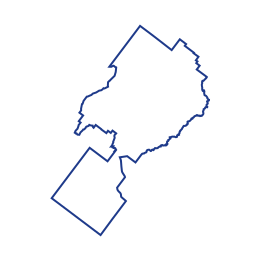 the district of Coomalie, Northern Territory, Australia, rotated 37°
{"feature_id": "25037944B16759006021093", "entity_name": "Coomalie", "entity_type": "district", "adm_level": 2, "iso_a3": "AUS", "parent_name": "Australia", "parent_adm1": "Northern Territory", "projection": "robinson", "projection_center": [131.197, -13.152], "detail": "fine", "context": "isolated", "style": "outline", "palette": "blue", "viewbox_px": 256, "rotation_deg": 37, "n_neighbors": 0, "source": "geoboundaries", "source_scale": "gbopen_adm2", "svg_char_len": 5412}
<svg xmlns="http://www.w3.org/2000/svg" viewBox="0 0 256 256"><g transform="rotate(37 128 128)"><path d="M159.6,39.8L147.7,39.9L147.7,35.1L143.5,35.1L143.4,33.0L141.5,33.1L141.5,32.9L141.4,28.7L135.4,28.8L135.4,28.2L123.9,28.2L123.9,26.0L116.0,26.0L116.0,39.5L94.2,39.2L76.2,39.2L76.2,66.0L76.2,90.3L77.8,89.2L78.7,87.3L79.1,86.9L81.5,87.0L81.9,86.7L82.1,86.7L84.5,90.7L85.9,94.4L85.0,100.3L85.1,100.7L85.0,101.0L84.8,101.3L84.5,103.4L86.2,106.0L86.5,106.4L87.2,107.0L85.5,110.5L85.3,110.7L84.5,111.0L84.4,112.5L83.9,114.0L82.5,115.5L81.2,118.8L79.2,121.7L78.9,123.6L77.7,125.6L77.2,126.6L76.5,127.6L76.2,127.8L76.2,133.1L76.9,135.1L77.2,136.3L77.1,136.5L76.9,136.7L79.0,141.0L79.9,142.0L80.0,142.2L80.0,145.0L84.6,145.0L84.6,152.2L86.9,152.2L86.8,155.4L87.2,156.1L88.1,158.9L87.8,161.7L88.3,163.8L89.5,163.7L89.6,163.8L89.9,163.8L90.0,163.7L90.2,163.3L91.6,163.7L93.2,162.7L92.7,160.1L93.2,157.1L93.1,156.2L93.8,155.5L94.1,153.7L93.9,152.9L94.0,151.8L94.4,151.4L94.9,150.6L95.3,149.7L95.2,149.2L95.2,148.8L96.1,148.6L97.4,148.0L98.3,147.4L98.8,147.9L99.7,148.4L100.4,148.5L100.4,145.0L107.4,145.0L107.6,145.2L113.8,145.1L113.7,142.3L117.2,142.3L117.2,139.4L121.8,139.4L121.8,139.8L121.5,141.4L121.6,141.9L121.8,142.4L122.0,142.7L123.3,143.9L124.4,147.7L124.5,148.0L124.9,148.3L125.0,148.7L125.4,150.4L125.7,151.0L125.7,152.8L125.9,152.6L126.1,152.6L126.5,152.7L126.9,152.8L127.0,152.6L127.0,152.1L127.2,151.7L127.3,151.5L127.4,151.4L127.5,151.7L128.0,152.6L128.4,152.7L128.9,152.2L129.3,151.9L129.8,151.8L130.2,151.9L130.3,152.2L131.2,152.4L131.6,152.6L131.6,152.8L131.2,152.8L131.2,154.2L131.7,153.8L131.7,166.9L109.3,166.9L109.3,230.0L170.5,230.0L170.3,209.5L170.3,187.6L169.7,187.5L165.1,187.2L164.1,187.1L163.8,186.9L163.6,186.7L162.2,185.2L161.3,184.7L160.7,184.5L158.9,184.3L157.6,184.0L157.2,183.8L156.7,183.6L156.3,183.2L155.2,182.2L155.2,169.1L154.6,168.6L154.2,168.4L150.8,167.1L149.9,166.7L149.1,166.1L148.5,165.5L145.6,162.4L142.9,159.3L141.9,158.2L140.4,157.1L139.1,156.3L144.3,151.0L154.7,151.0L154.7,141.4L154.8,140.6L154.8,140.4L154.8,140.1L155.4,139.3L156.1,138.8L156.1,138.4L156.3,137.9L157.2,136.5L157.2,136.3L157.2,136.1L157.0,135.8L157.0,135.5L156.7,135.1L156.7,134.9L156.6,134.3L156.7,134.1L156.9,133.7L157.1,133.4L157.5,133.0L157.9,132.7L158.0,132.6L158.7,132.6L159.0,132.6L159.4,132.7L159.8,132.7L160.0,132.7L160.3,132.3L160.3,132.2L160.2,131.3L160.3,130.9L160.6,130.5L160.8,130.5L161.4,130.4L161.6,130.4L161.7,130.2L161.6,129.9L161.4,129.5L161.4,129.4L161.5,129.1L161.7,128.5L161.7,127.7L162.6,127.3L163.8,126.2L163.9,124.9L164.3,124.2L164.5,123.4L164.7,123.2L165.2,123.2L165.3,123.1L164.9,122.3L164.8,122.1L165.0,121.7L165.5,121.8L165.6,121.7L165.7,121.2L165.8,120.9L166.7,120.8L167.5,120.0L167.7,119.7L168.2,119.6L168.4,119.4L168.1,118.6L168.1,118.3L168.3,118.2L169.1,118.3L169.1,117.4L168.6,117.6L168.8,117.1L168.7,117.0L167.9,116.1L167.7,115.6L167.4,115.2L167.9,114.2L167.9,113.9L167.4,113.3L167.8,112.8L167.8,112.0L168.2,110.8L168.0,110.5L167.3,110.5L166.9,110.3L167.0,110.1L167.8,110.0L167.9,109.9L167.8,109.3L168.4,108.4L168.7,108.1L169.0,107.9L169.3,107.8L169.6,107.5L170.0,107.1L170.4,106.9L171.2,106.8L171.8,106.5L172.4,105.8L172.4,105.5L171.8,104.6L171.7,104.1L172.0,103.5L172.7,103.2L172.8,102.9L172.3,102.7L172.1,102.5L172.2,102.2L172.4,101.9L172.3,101.2L172.2,101.1L171.6,100.4L171.7,99.6L171.3,98.9L171.3,98.6L171.6,98.2L171.5,97.5L171.5,97.1L171.7,96.6L171.4,95.3L171.4,94.4L171.2,93.1L171.3,92.7L171.7,92.5L172.7,91.5L173.1,90.5L173.0,90.2L172.8,90.1L172.8,89.6L173.2,89.4L173.3,89.2L173.1,88.8L173.0,88.3L172.8,88.1L172.1,87.6L171.8,87.3L171.9,86.7L172.0,86.5L172.2,86.3L172.5,86.1L172.8,85.8L173.1,85.1L173.2,84.6L173.2,84.1L173.3,83.8L173.3,83.5L173.2,82.8L173.0,82.4L173.2,82.1L173.7,82.1L173.8,81.9L173.9,81.7L173.8,81.3L173.7,81.3L173.4,81.4L173.4,81.2L173.5,81.0L173.6,80.8L173.6,80.7L173.9,80.4L174.0,80.2L174.0,79.9L174.1,79.2L174.0,78.9L174.0,78.6L174.2,78.3L175.0,77.2L175.2,76.9L175.2,76.6L175.1,76.4L175.4,76.1L175.5,76.1L176.0,76.2L176.2,75.9L176.4,75.9L176.8,75.9L177.0,75.7L177.4,75.2L177.5,75.2L178.1,75.2L178.3,75.2L178.5,75.0L178.6,74.6L178.8,74.6L179.3,74.2L179.6,73.8L179.7,73.6L179.7,73.4L179.5,73.0L179.8,72.3L179.8,71.9L179.6,71.3L179.3,70.8L179.0,70.5L178.5,70.2L178.2,70.0L178.1,69.6L177.8,69.3L177.8,69.2L177.8,68.7L177.7,68.4L177.6,68.1L177.3,67.7L177.1,67.5L177.3,66.9L177.6,66.2L177.6,65.9L177.4,65.5L177.4,65.1L177.6,65.0L177.8,64.6L177.6,63.9L177.6,63.7L177.9,63.6L178.3,63.8L178.5,63.8L178.7,63.7L178.5,63.3L178.0,63.3L177.8,63.2L177.3,62.9L177.0,62.6L176.8,62.3L176.8,61.7L177.0,60.7L176.9,60.4L176.7,60.3L176.5,60.2L176.4,60.0L176.2,59.7L175.5,59.5L175.2,59.3L175.1,59.1L175.5,58.5L175.6,58.2L176.0,57.5L176.0,57.2L175.8,56.9L175.5,57.2L175.3,57.2L175.1,57.1L174.6,56.8L174.0,56.6L173.6,56.6L173.2,56.1L173.0,55.9L172.7,55.8L172.1,55.7L171.3,55.4L170.6,55.4L169.9,55.6L169.5,55.7L169.2,55.6L168.5,54.9L167.8,54.3L167.4,53.6L167.1,53.0L166.9,52.8L166.7,52.6L166.1,52.2L165.8,52.2L165.7,52.3L165.6,52.5L165.9,53.2L165.9,53.3L165.7,53.4L165.3,53.3L164.9,53.2L163.8,52.3L163.7,52.1L163.3,51.5L163.1,51.2L161.6,49.8L160.9,49.0L160.7,48.7L160.3,47.5L160.2,47.3L159.8,47.1L159.5,46.7L159.2,46.1L159.1,45.9L159.1,45.6L159.2,45.4L159.3,45.4L159.6,45.4L159.8,45.0L159.9,44.8L160.1,42.9L160.3,41.9L160.4,41.4L160.4,41.0L160.4,40.4L160.3,39.9L160.2,39.9L159.9,40.3L159.7,40.2L159.6,39.8Z" fill="none" stroke="#1e3a8a" stroke-width="2"/></g></svg>